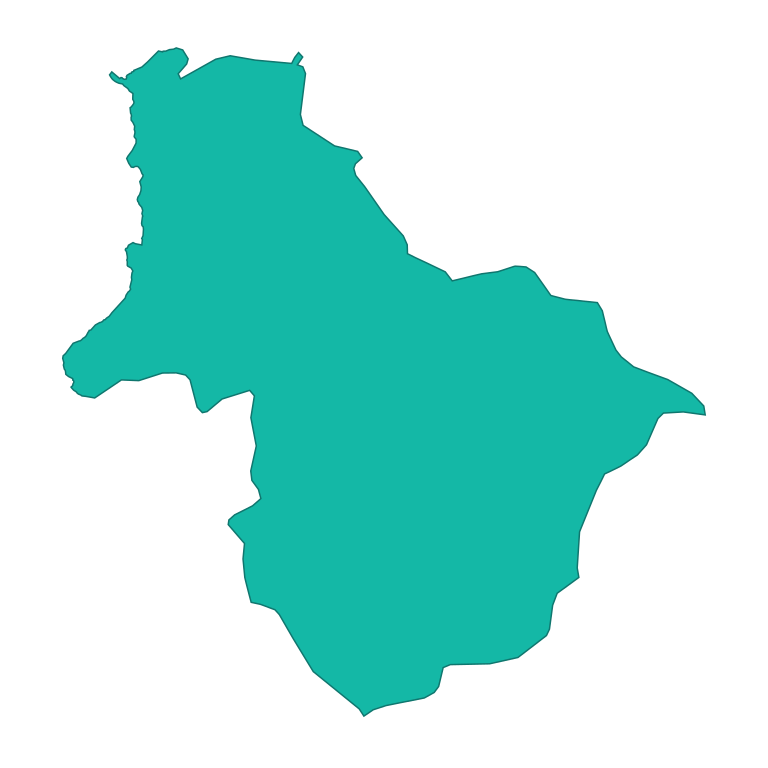 Cavnic, Maramures, Romania (orthographic projection), rotated 91°
{"feature_id": "2599482B81907066395541", "entity_name": "Cavnic", "entity_type": "district", "adm_level": 2, "iso_a3": "ROU", "parent_name": "Romania", "parent_adm1": "Maramures", "projection": "orthographic", "projection_center": [23.847, 47.662], "detail": "fine", "context": "isolated", "style": "filled", "palette": "teal", "viewbox_px": 768, "rotation_deg": 91, "n_neighbors": 0, "source": "geoboundaries", "source_scale": "gbopen_adm2", "svg_char_len": 3949}
<svg xmlns="http://www.w3.org/2000/svg" viewBox="0 0 768 768"><g transform="rotate(91 384 384)"><path d="M640.7,470.0L672.8,449.7L681.8,438.2L709.3,403.1L716.4,398.3L709.9,389.1L705.5,376.4L702.5,362.8L697.2,338.2L691.5,328.4L685.5,324.1L666.5,319.9L663.4,312.8L661.9,273.5L655.1,245.3L646.9,235.0L637.0,222.6L632.7,217.2L626.3,214.3L602.2,211.5L590.2,207.2L574.0,185.8L564.5,187.6L528.4,185.9L486.6,169.8L477.6,165.4L470.1,161.9L467.2,156.0L461.9,145.7L455.4,136.5L450.5,129.4L440.2,120.5L413.7,109.5L408.2,104.1L406.7,84.3L409.3,62.3L400.4,63.9L387.9,76.1L374.6,100.4L367.8,120.0L362.5,134.7L356.1,142.9L352.8,147.2L346.0,152.7L330.5,160.3L327.5,161.7L323.8,162.7L318.2,164.1L311.3,165.9L307.0,167.0L298.9,172.1L298.3,178.7L297.7,186.0L297.1,192.2L296.6,199.0L296.1,204.2L295.9,205.1L294.9,209.2L293.5,215.1L292.6,218.7L290.6,220.2L285.6,223.8L269.9,235.3L264.5,244.0L264.1,249.9L263.9,254.9L264.2,256.1L268.5,268.5L269.8,272.3L270.5,277.2L272.1,288.2L274.1,296.2L276.8,306.4L279.7,317.6L270.8,324.7L262.2,343.5L257.2,354.7L253.3,362.8L244.4,363.2L235.6,367.3L214.6,386.8L187.1,406.7L176.0,415.9L169.0,418.0L164.3,416.4L158.2,409.8L151.9,414.4L146.8,437.6L140.7,447.3L126.8,469.4L116.0,472.3L75.0,467.9L68.3,470.7L66.4,476.2L58.5,471.0L54.1,475.2L59.0,478.9L62.0,480.4L65.1,481.9L62.4,518.6L61.4,524.8L58.5,543.5L62.2,557.9L82.5,592.7L77.4,595.2L67.5,586.9L62.3,585.5L57.9,588.3L53.5,591.1L51.6,597.6L52.9,600.3L53.4,604.3L55.0,608.0L55.1,610.7L55.8,611.1L55.0,615.3L60.6,620.7L66.2,626.1L71.3,631.6L74.8,639.6L75.8,639.7L76.2,640.8L76.6,641.8L77.7,642.1L77.9,643.3L79.8,646.3L81.2,647.0L81.9,646.6L83.6,647.1L83.9,649.0L83.1,650.6L82.4,651.2L82.3,651.7L82.2,652.3L83.2,653.6L76.7,661.6L79.7,663.8L81.6,662.7L83.0,661.7L84.2,660.7L86.1,658.2L86.9,656.7L87.9,654.3L88.6,650.6L90.2,649.3L93.0,645.3L95.6,643.6L97.9,640.1L103.7,640.2L105.7,639.1L107.2,638.9L108.6,639.5L111.3,641.5L112.2,642.7L117.6,642.1L118.3,641.6L120.5,641.1L121.8,641.5L124.6,641.4L126.7,639.7L130.5,637.8L134.2,638.1L135.1,637.6L136.1,637.5L137.2,637.4L140.7,638.1L141.3,638.0L143.7,636.1L147.5,636.1L154.9,639.8L160.7,644.0L163.0,645.2L167.7,643.1L171.5,640.5L171.8,638.3L170.9,636.8L170.7,634.7L171.1,633.5L173.8,631.3L178.0,629.6L179.3,628.5L181.0,628.8L185.9,631.7L191.2,630.2L194.9,630.4L198.8,631.6L201.5,633.3L203.9,633.9L205.7,633.4L206.7,632.6L208.5,632.0L211.6,629.3L214.7,628.3L217.9,629.0L220.4,628.1L220.8,628.4L222.2,628.6L227.6,629.2L229.9,628.7L230.9,627.6L233.4,627.2L239.9,627.5L242.8,628.8L243.8,628.1L249.2,628.6L248.1,635.0L247.0,637.4L249.7,641.9L252.5,643.0L253.0,644.4L253.8,644.9L254.7,644.9L256.2,643.8L260.9,642.9L263.0,642.8L264.5,643.3L266.1,642.8L269.8,642.8L270.6,642.3L272.5,638.8L275.4,637.1L277.4,637.9L281.7,638.4L284.2,638.0L291.6,639.7L293.6,639.0L295.5,640.2L296.3,641.3L299.6,643.4L302.7,644.3L317.5,657.3L321.1,659.9L323.0,662.6L324.5,663.9L324.9,665.4L326.4,666.5L327.4,668.4L327.5,669.3L330.0,673.6L335.2,678.1L335.6,679.8L336.6,680.0L337.3,680.7L340.9,682.5L342.7,684.2L343.5,685.6L345.2,687.2L346.1,688.5L346.4,689.8L348.7,695.5L359.0,702.8L361.4,705.3L364.0,705.7L368.4,704.4L370.7,704.9L374.7,703.9L375.5,703.2L376.8,702.7L379.9,702.3L382.0,699.6L384.0,695.4L385.7,695.1L385.7,694.7L386.5,694.2L387.8,694.2L389.7,695.1L390.7,695.1L391.6,695.7L392.1,696.6L392.8,696.8L395.6,694.2L397.4,691.3L397.9,691.0L398.4,690.7L399.4,689.4L400.2,687.2L401.2,685.8L401.5,682.7L401.5,682.3L403.0,673.0L384.5,646.6L384.9,629.2L376.9,605.7L376.5,592.0L378.5,582.5L383.2,578.0L410.4,570.4L415.8,565.1L414.7,560.4L401.8,545.6L392.7,518.2L398.1,513.4L420.0,516.5L448.2,510.6L473.3,515.7L477.7,515.1L482.7,514.4L491.6,507.7L500.7,505.1L508.1,513.3L512.3,521.2L517.4,531.0L522.6,536.7L527.3,537.3L545.9,520.7L561.4,521.9L579.8,519.8L583.3,518.9L587.8,517.7L597.9,514.9L604.6,513.0L605.5,508.5L606.4,503.9L606.9,502.4L607.8,499.8L610.6,492.0L611.6,489.1L616.4,484.6L630.1,476.4L640.7,470.0Z" fill="#14b8a6" stroke="#0f766e" stroke-width="1.5"/></g></svg>